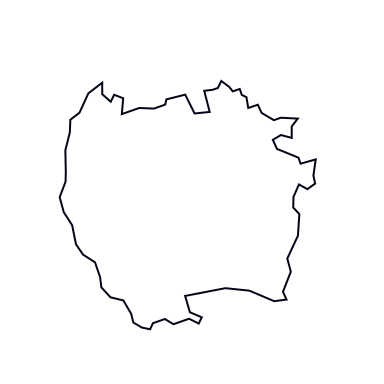 outline of Khatirchi, Navoi, Uzbekistan, rotated 70°
{"feature_id": "79887680B3077995484164", "entity_name": "Khatirchi", "entity_type": "district", "adm_level": 2, "iso_a3": "UZB", "parent_name": "Uzbekistan", "parent_adm1": "Navoi", "projection": "mercator", "projection_center": [65.889, 40.157], "detail": "fine", "context": "isolated", "style": "outline", "palette": "ink", "viewbox_px": 384, "rotation_deg": 70, "n_neighbors": 0, "source": "geoboundaries", "source_scale": "gbopen_adm2", "svg_char_len": 1104}
<svg xmlns="http://www.w3.org/2000/svg" viewBox="0 0 384 384"><g transform="rotate(70 192 192)"><path d="M74.0,231.9L79.4,237.5L69.4,242.9L58.6,239.0L63.8,255.6L79.0,270.6L82.5,281.6L94.2,286.4L109.4,296.7L130.2,303.8L139.1,307.3L151.6,318.1L167.1,319.4L182.2,316.0L201.4,318.9L213.6,315.8L224.9,307.2L240.7,307.5L250.6,309.8L263.1,304.6L270.4,293.6L285.9,290.8L294.5,291.8L302.2,285.5L306.7,278.3L301.9,273.6L302.1,260.9L309.9,254.6L310.1,238.1L317.9,230.7L313.1,225.7L304.3,235.1L287.3,234.0L293.8,193.5L304.3,171.9L322.7,152.1L325.4,140.0L316.8,140.6L300.7,126.4L287.1,125.2L269.3,107.4L249.5,98.7L241.2,102.2L231.3,98.3L221.5,88.9L228.8,82.6L226.2,73.4L218.1,72.3L203.7,64.6L202.5,80.3L196.2,80.2L180.6,97.4L170.6,98.2L168.9,88.9L175.3,79.8L164.5,75.9L159.2,67.5L152.6,83.1L152.5,90.5L141.5,99.5L132.5,100.3L132.3,110.4L121.5,108.4L117.8,112.0L111.5,111.9L111.4,119.3L105.9,121.1L97.7,126.5L103.1,132.1L103.0,137.6L101.1,145.9L122.8,148.0L119.1,162.7L98.2,165.1L96.2,184.4L100.7,187.3L100.6,199.2L95.0,212.9L94.8,231.3L80.4,224.6L74.0,231.9Z" fill="none" stroke="#020617" stroke-width="2"/></g></svg>